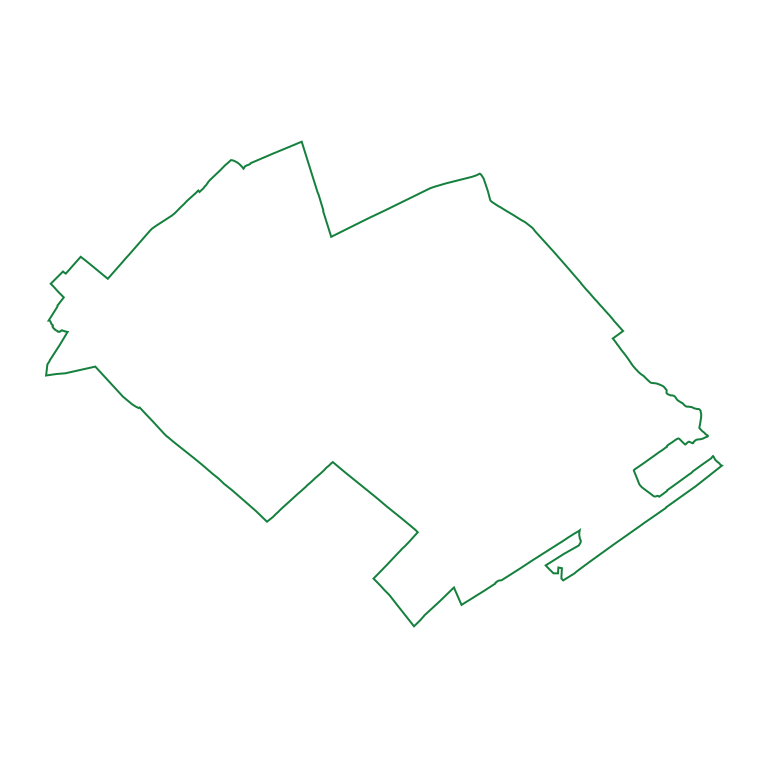 the district of Teiu, Arges, Romania
{"feature_id": "2599482B70110326614234", "entity_name": "Teiu", "entity_type": "district", "adm_level": 2, "iso_a3": "ROU", "parent_name": "Romania", "parent_adm1": "Arges", "projection": "albers", "projection_center": [25.15, 44.647], "detail": "fine", "context": "isolated", "style": "outline", "palette": "green", "viewbox_px": 768, "rotation_deg": 0, "n_neighbors": 0, "source": "geoboundaries", "source_scale": "gbopen_adm2", "svg_char_len": 5998}
<svg xmlns="http://www.w3.org/2000/svg" viewBox="0 0 768 768"><path d="M580.9,283.0L562.8,262.1L552.6,250.5L550.2,247.9L535.3,231.5L533.1,228.6L532.1,227.6L525.3,222.3L521.2,220.0L512.6,214.6L506.3,210.9L501.5,207.9L497.5,205.6L491.9,201.9L491.0,201.2L490.2,200.0L488.0,191.6L486.8,187.9L483.6,178.5L481.4,175.1L480.5,174.1L479.7,173.7L476.2,175.4L472.1,176.8L445.9,183.4L434.3,186.8L430.3,188.2L383.4,211.2L368.6,218.2L331.2,236.8L330.9,235.8L323.1,211.1L323.3,210.4L323.3,210.2L318.5,194.4L317.8,193.0L316.0,187.3L312.2,175.2L301.7,141.7L272.5,153.8L250.6,163.2L250.3,163.9L249.2,164.5L246.3,165.6L244.7,166.6L244.3,167.6L243.5,168.7L242.4,167.3L240.5,165.2L239.0,163.8L237.1,162.4L234.2,160.9L232.8,160.4L231.0,160.1L228.0,162.8L225.3,165.1L223.5,166.9L220.1,170.4L210.6,179.4L208.6,181.5L205.9,185.5L204.5,186.6L204.0,187.7L199.5,192.0L198.3,190.5L195.8,193.0L187.0,200.9L184.2,203.9L180.6,207.3L174.9,213.1L171.7,215.7L156.7,225.4L153.2,227.8L152.1,228.6L149.8,230.9L128.7,255.1L125.2,258.9L124.0,260.4L109.2,277.2L107.8,278.8L87.0,261.7L80.7,256.8L65.8,273.6L64.3,272.6L63.0,271.5L50.7,283.8L53.2,286.2L58.1,291.7L63.8,297.4L58.7,304.0L57.5,305.4L57.5,306.5L48.7,320.5L49.4,320.5L50.0,321.0L50.4,321.6L50.6,322.0L50.9,322.5L51.0,322.9L51.7,324.3L52.5,324.9L52.9,325.5L52.9,326.0L52.5,326.3L52.6,326.9L53.0,327.4L53.2,327.9L53.8,328.6L54.4,328.7L55.1,329.9L56.3,330.4L57.6,331.2L57.7,331.6L58.1,331.8L59.4,331.7L59.7,331.8L60.0,331.6L60.3,331.2L60.5,331.2L61.2,330.7L61.5,330.4L62.1,330.3L62.6,330.7L63.9,330.9L64.9,331.5L65.7,331.4L66.6,331.8L67.6,331.9L59.9,344.7L50.9,358.6L50.0,359.9L49.5,361.2L47.4,364.4L46.1,375.5L56.5,374.0L65.3,373.3L95.3,366.6L123.0,396.7L132.4,404.5L135.8,406.6L138.7,408.1L139.7,407.5L146.1,414.4L152.7,421.3L164.0,433.6L166.9,436.5L167.2,436.5L173.2,441.6L193.7,457.9L201.8,464.5L212.7,473.9L218.5,478.5L223.9,483.7L232.3,490.4L255.9,511.0L267.0,521.7L272.7,517.2L276.1,513.8L277.5,512.6L281.0,509.1L298.2,493.5L301.0,491.1L305.8,486.8L307.9,484.7L310.3,482.7L312.8,480.4L315.2,478.1L321.0,473.1L324.4,469.9L326.6,467.5L328.9,465.7L331.4,463.2L332.8,462.1L345.1,472.4L375.2,496.7L386.2,506.0L402.7,519.3L415.1,529.6L417.8,532.3L413.8,536.6L408.8,542.2L407.4,543.6L404.8,546.3L402.6,548.3L401.6,549.2L401.1,549.9L396.1,555.1L386.6,565.2L373.5,578.6L376.8,581.9L380.2,585.4L384.3,589.9L389.6,595.3L397.0,604.8L401.2,610.1L414.0,626.3L420.4,620.1L423.0,617.1L424.7,615.1L439.4,601.6L453.5,587.9L454.0,587.5L455.0,590.0L461.5,604.9L484.3,590.7L495.4,583.5L495.4,582.8L497.8,581.0L499.1,580.5L501.5,580.3L520.1,568.5L531.9,560.7L558.5,543.8L562.7,541.2L568.2,537.5L573.7,534.0L578.5,531.2L579.7,530.3L579.3,532.6L579.3,535.3L579.8,538.4L580.8,540.7L580.7,542.3L578.8,545.5L564.4,553.6L545.7,565.4L549.2,569.1L553.5,573.3L558.0,573.3L558.4,567.5L561.9,568.2L561.4,578.0L561.5,578.7L563.2,580.4L574.6,573.3L575.6,572.4L578.5,570.1L589.3,562.1L613.0,545.0L638.6,527.0L644.4,522.8L645.9,521.8L665.8,508.0L666.1,507.3L695.8,486.2L721.9,465.6L721.2,465.3L720.8,465.1L720.4,464.7L718.8,462.8L718.4,462.5L717.9,462.3L717.0,461.5L715.6,460.2L714.9,459.2L713.7,457.0L713.2,456.1L712.9,456.1L712.7,456.4L711.4,457.9L711.2,458.3L706.0,461.9L705.7,462.1L704.2,463.2L703.7,463.5L693.6,470.8L693.1,471.1L692.6,471.7L691.9,472.4L691.8,472.6L691.1,473.1L690.7,473.4L690.0,473.8L688.3,475.0L677.3,483.0L667.4,490.1L667.1,490.3L667.0,490.9L666.6,491.3L664.3,493.0L663.4,493.7L659.2,496.7L658.5,496.2L658.2,496.0L657.6,495.9L657.2,495.9L655.9,496.4L655.1,496.5L654.7,496.5L653.7,496.2L650.2,493.5L649.6,493.0L648.8,492.5L641.9,487.3L641.5,486.9L639.9,485.1L639.1,483.8L637.3,479.1L633.9,470.7L633.9,470.1L634.1,469.9L635.1,469.1L635.7,468.7L636.2,468.3L636.9,467.9L644.0,463.0L655.1,455.1L655.9,454.5L659.1,452.2L662.6,449.9L666.2,447.2L666.7,446.9L666.8,446.9L667.1,445.8L667.6,445.5L667.9,445.1L668.2,444.9L670.0,443.7L670.7,443.2L672.2,442.3L674.2,440.8L676.1,439.5L677.8,438.6L678.6,438.5L679.0,438.7L679.4,438.9L683.2,442.8L684.3,443.7L685.0,444.4L685.2,444.5L685.4,444.5L685.6,444.4L686.3,443.6L686.9,443.1L687.5,442.5L687.8,442.3L688.4,441.9L688.9,441.7L689.3,441.8L692.7,443.3L693.1,443.1L693.4,442.9L693.6,442.0L693.8,441.7L694.1,441.5L694.4,441.3L695.4,440.4L696.2,439.9L696.6,439.7L697.7,439.5L698.6,439.4L700.1,439.3L700.7,439.2L703.2,438.5L705.9,437.1L706.1,437.1L707.4,436.6L707.8,436.3L707.9,436.2L707.9,435.9L707.8,435.6L707.2,435.2L706.2,434.6L706.0,434.4L705.5,434.1L705.1,433.7L704.7,433.1L704.3,432.7L703.8,432.3L702.3,431.2L701.7,430.6L700.5,429.2L699.9,428.7L699.5,428.3L699.4,427.8L699.4,427.4L700.1,423.8L700.3,422.8L700.3,422.4L700.5,421.4L700.8,419.2L701.0,418.3L701.1,417.6L701.2,414.3L701.1,413.6L700.7,412.0L700.7,411.8L700.6,410.9L700.4,410.5L700.0,410.0L699.7,409.7L699.4,409.4L698.8,409.1L698.5,409.1L698.1,409.0L697.2,409.1L696.7,408.9L694.6,408.4L693.7,408.1L691.8,407.1L690.4,407.0L689.7,406.8L689.0,406.7L687.5,406.7L687.1,406.7L686.1,406.4L685.3,405.9L684.4,405.2L683.0,403.6L682.6,403.2L682.2,403.0L681.3,402.6L678.1,400.6L676.9,399.5L676.0,398.0L674.9,396.6L674.0,395.9L672.3,395.4L670.9,395.4L669.4,394.9L668.0,394.3L667.0,393.6L666.7,393.2L666.5,392.9L666.5,392.5L666.5,391.7L666.7,390.9L666.6,390.4L666.5,389.9L665.7,389.1L664.6,387.6L663.8,386.8L663.1,386.2L661.3,385.3L660.6,385.0L660.2,384.9L659.5,384.5L658.9,384.3L656.6,383.5L655.5,383.3L652.1,383.0L650.9,382.7L650.6,382.5L649.6,381.8L649.0,381.2L648.7,381.0L645.8,378.2L644.1,376.4L642.8,375.4L640.6,373.9L639.6,373.0L638.3,371.8L637.8,371.3L636.9,370.2L635.6,369.0L633.9,367.0L632.3,365.0L631.7,364.1L631.3,363.6L631.0,363.0L630.6,362.5L629.2,360.4L627.6,358.1L625.2,354.8L622.0,350.8L621.9,350.7L620.8,349.3L620.3,348.5L619.4,347.3L618.4,345.8L617.2,344.4L616.1,342.7L612.8,338.5L617.1,335.4L617.5,335.1L623.1,331.0L622.5,330.4L614.1,321.0L611.7,317.9L611.3,317.6L609.3,315.1L608.1,313.9L605.8,311.3L605.1,310.6L602.6,307.7L600.5,305.5L596.7,301.1L595.2,299.6L591.1,294.9L590.9,294.6L588.4,291.8L585.9,289.1L581.1,283.5L580.9,283.0Z" fill="none" stroke="#15803d" stroke-width="2"/></svg>